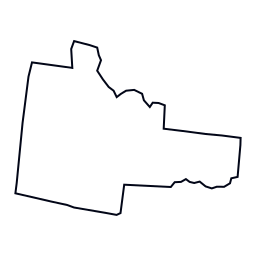 Morro Reuter, Rio Grande do Sul, Brazil
{"feature_id": "56859067B6764264702080", "entity_name": "Morro Reuter", "entity_type": "district", "adm_level": 2, "iso_a3": "BRA", "parent_name": "Brazil", "parent_adm1": "Rio Grande do Sul", "projection": "natural_earth1", "projection_center": [-51.038, -29.513], "detail": "fine", "context": "isolated", "style": "outline", "palette": "ink", "viewbox_px": 256, "rotation_deg": 0, "n_neighbors": 0, "source": "geoboundaries", "source_scale": "gbopen_adm2", "svg_char_len": 773}
<svg xmlns="http://www.w3.org/2000/svg" viewBox="0 0 256 256"><path d="M116.6,214.9L120.5,213.1L124.2,184.7L170.8,187.0L174.7,182.2L181.0,181.9L185.9,179.1L189.6,181.9L194.2,183.0L199.7,181.6L205.6,186.4L211.8,188.4L216.9,186.7L224.1,186.8L230.0,183.3L231.3,178.3L237.6,176.9L240.4,145.1L240.6,137.9L222.0,135.5L205.6,134.0L182.7,131.0L163.7,128.7L164.8,105.3L158.6,103.0L152.7,102.7L149.8,107.0L143.9,100.3L142.1,93.8L134.2,89.9L126.1,90.7L121.0,93.8L116.7,97.1L113.6,90.7L108.7,87.0L102.9,79.4L97.2,70.7L101.0,60.2L98.8,55.2L97.2,47.6L89.7,45.1L74.1,41.1L71.2,49.0L72.3,67.9L51.9,65.1L32.0,62.4L28.5,76.6L27.6,83.6L23.7,114.1L22.6,122.6L16.7,183.0L15.4,193.3L51.5,201.6L67.2,205.0L74.0,207.5L106.8,213.1L116.6,214.9Z" fill="none" stroke="#020617" stroke-width="2"/></svg>